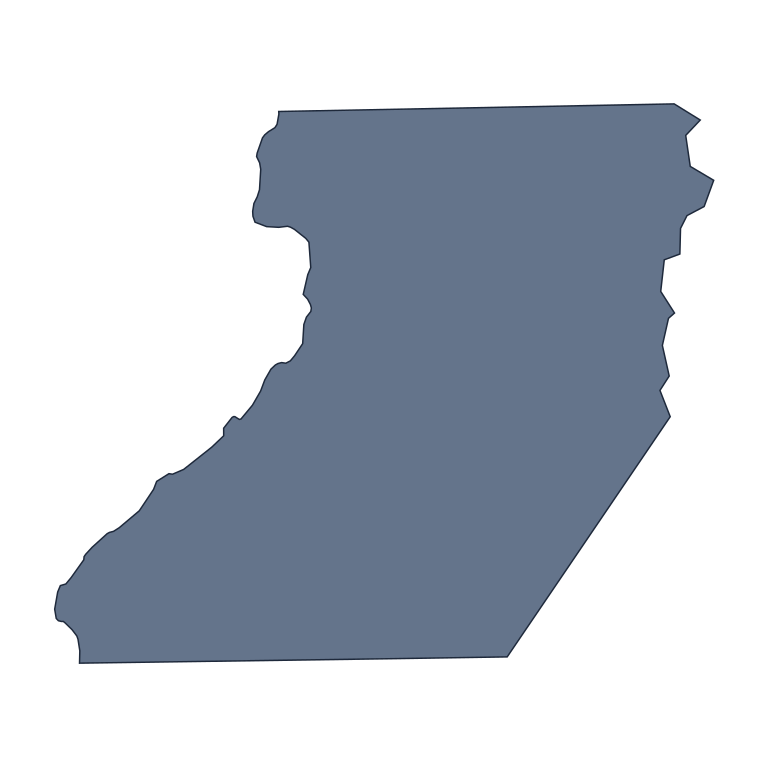 the district of Hardeman, Texas, United States of America, rotated 269°
{"feature_id": "52423323B6303249721628", "entity_name": "Hardeman", "entity_type": "district", "adm_level": 2, "iso_a3": "USA", "parent_name": "United States of America", "parent_adm1": "Texas", "projection": "orthographic", "projection_center": [-99.723, 34.318], "detail": "fine", "context": "isolated", "style": "filled", "palette": "slate", "viewbox_px": 768, "rotation_deg": 269, "n_neighbors": 0, "source": "geoboundaries", "source_scale": "gbopen_adm2", "svg_char_len": 1376}
<svg xmlns="http://www.w3.org/2000/svg" viewBox="0 0 768 768"><g transform="rotate(269 384 384)"><path d="M109.2,391.1L109.0,502.4L346.3,669.6L372.8,659.8L387.0,669.3L417.7,663.0L444.7,669.6L449.9,675.7L471.7,662.3L503.3,666.4L508.8,682.1L534.4,683.2L547.1,689.9L555.9,707.2L581.9,717.2L596.2,694.0L627.3,690.0L642.4,704.8L659.0,679.0L658.3,283.5L655.7,283.6L645.5,281.6L642.2,279.4L638.3,272.9L635.2,269.1L632.2,266.8L617.1,261.2L613.6,260.6L607.3,263.5L600.8,264.5L580.4,262.9L573.3,260.5L566.8,257.1L558.9,255.7L554.0,255.9L548.0,257.9L543.4,269.4L542.5,281.5L543.4,290.3L542.4,293.3L540.2,297.1L531.0,308.3L527.1,311.4L501.7,312.8L494.7,309.7L475.0,304.8L470.2,309.1L464.8,311.8L461.3,312.7L457.8,312.1L452.2,307.6L444.9,304.9L425.8,303.4L413.8,295.1L408.8,290.8L406.5,286.2L407.2,282.0L406.3,278.3L404.9,275.7L400.8,271.2L390.2,264.9L379.1,260.5L365.1,252.1L351.5,240.4L351.1,238.7L354.0,234.3L354.0,232.9L353.2,231.5L342.6,222.9L335.0,222.8L323.8,210.6L302.1,182.2L297.5,171.0L298.1,167.4L290.6,155.0L282.7,151.8L270.4,143.3L261.5,137.1L244.9,116.7L241.4,111.0L240.4,106.9L239.2,104.6L225.9,89.4L219.0,82.8L216.6,81.1L213.5,80.8L195.9,67.8L189.6,62.4L188.1,56.9L181.7,54.1L164.6,50.8L155.3,52.2L153.0,54.3L152.2,57.3L152.2,59.2L150.7,61.0L143.7,67.9L137.4,72.5L134.1,73.6L122.5,75.2L110.2,74.7L109.2,391.1Z" fill="#64748b" stroke="#1e293b" stroke-width="1.5"/></g></svg>